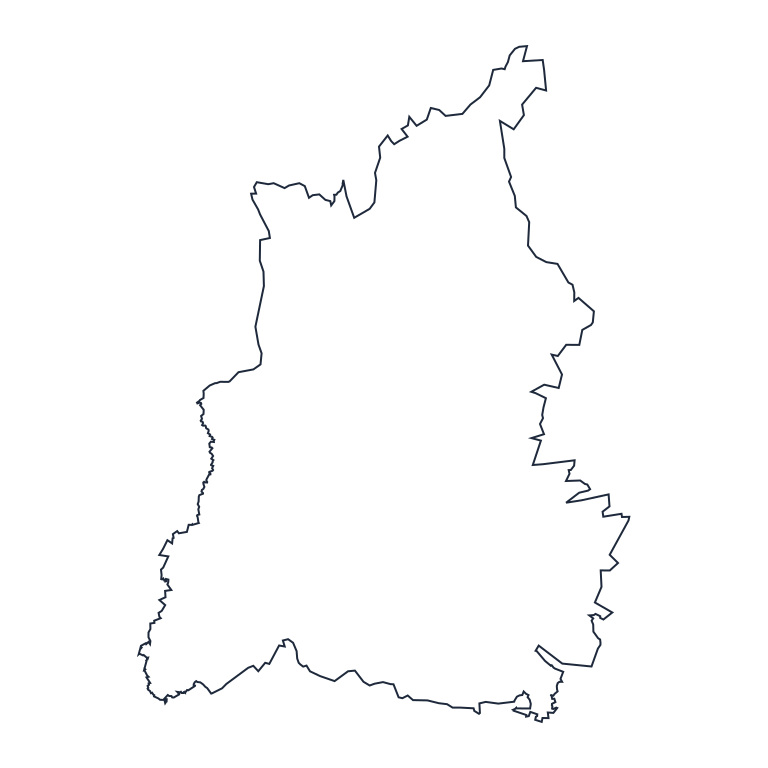 the district of Cape Winelands, Western Cape, South Africa
{"feature_id": "47623444B8262601395586", "entity_name": "Cape Winelands", "entity_type": "district", "adm_level": 2, "iso_a3": "ZAF", "parent_name": "South Africa", "parent_adm1": "Western Cape", "projection": "equal_earth", "projection_center": [19.211, -33.151], "detail": "fine", "context": "isolated", "style": "outline", "palette": "slate", "viewbox_px": 768, "rotation_deg": 0, "n_neighbors": 0, "source": "geoboundaries", "source_scale": "gbopen_adm2", "svg_char_len": 6111}
<svg xmlns="http://www.w3.org/2000/svg" viewBox="0 0 768 768"><path d="M593.9,311.3L578.5,297.9L574.2,301.0L574.3,292.3L572.5,284.7L568.4,282.5L557.5,263.9L546.3,262.1L536.2,256.9L528.0,245.6L529.2,222.2L526.5,216.0L515.9,207.4L514.8,195.9L509.0,181.6L511.1,177.0L504.3,158.0L504.3,148.8L499.9,120.9L513.7,129.3L523.9,115.1L522.1,104.6L536.1,87.8L546.1,90.5L544.1,70.0L542.7,60.0L523.0,61.2L527.0,46.1L519.2,46.8L515.0,48.8L509.7,55.4L507.9,62.1L505.5,66.6L504.7,69.2L501.5,68.5L493.2,69.9L489.2,85.4L480.1,97.2L470.5,104.5L462.4,113.9L445.6,115.9L439.2,110.0L430.8,108.0L426.8,119.6L416.6,125.8L409.3,116.8L407.9,125.4L401.6,129.0L407.6,136.7L399.5,140.8L394.2,144.2L391.2,141.1L387.7,135.5L379.0,146.6L380.2,157.7L375.0,172.9L376.3,180.3L374.4,202.4L369.7,208.8L354.2,217.8L346.5,196.3L343.3,179.9L342.6,183.8L342.8,185.0L340.3,191.0L337.8,192.6L336.4,194.7L334.1,194.8L334.5,196.4L334.4,201.1L331.2,205.4L330.3,201.1L325.4,199.9L319.3,194.4L312.7,195.2L309.0,197.8L304.8,186.1L299.3,183.2L289.0,185.5L284.6,188.1L273.7,183.2L268.3,184.2L256.8,182.2L254.0,187.0L256.1,193.6L251.1,193.7L252.5,199.6L258.1,209.4L260.1,214.5L268.8,231.1L269.9,238.0L260.1,240.1L259.8,260.7L263.5,271.7L263.9,286.1L255.4,326.7L258.5,344.6L261.6,353.3L260.5,364.4L253.4,369.4L238.5,372.2L229.7,381.3L228.4,381.9L220.2,381.8L216.6,383.1L215.0,383.2L209.7,385.5L203.4,390.8L203.7,393.7L203.5,398.0L200.0,400.0L199.3,401.0L197.0,402.6L197.4,403.4L199.8,402.6L201.0,403.0L201.3,403.9L200.1,405.2L203.7,409.8L203.5,414.0L201.1,416.0L202.0,418.8L200.7,420.7L201.0,421.4L202.5,421.7L203.1,423.1L202.1,425.1L203.1,425.7L205.0,425.5L205.7,426.0L206.2,428.3L208.4,429.5L208.7,430.9L207.9,433.2L210.1,434.5L209.6,436.1L212.0,436.8L212.6,437.5L212.0,439.0L214.3,439.8L213.8,441.0L213.9,442.0L210.9,441.7L209.3,443.6L209.8,447.2L211.7,447.5L212.4,448.2L209.5,451.7L210.1,452.9L211.6,453.7L213.1,456.0L211.3,458.7L213.4,460.1L212.6,461.3L212.6,462.4L211.0,464.8L211.1,465.2L213.2,465.9L212.1,468.2L213.1,470.0L212.5,470.8L209.3,471.9L209.2,472.7L210.4,473.6L210.4,474.4L209.0,474.7L206.4,479.6L206.4,480.7L207.2,481.9L207.1,482.5L204.9,482.4L204.1,481.8L203.3,482.5L203.5,484.3L204.4,486.9L203.3,489.0L201.9,489.9L201.5,491.5L203.0,493.1L203.0,493.7L199.4,495.1L198.8,496.5L198.6,501.6L197.7,504.1L199.2,506.8L198.3,509.3L199.3,514.5L197.4,515.0L197.0,515.8L197.7,517.4L198.4,522.4L198.8,523.0L192.3,524.9L192.2,524.4L191.6,524.9L188.7,524.8L186.9,531.9L178.9,533.3L177.2,531.1L172.9,534.1L173.6,537.9L172.6,538.3L172.1,543.4L167.4,540.2L163.0,549.0L159.3,555.0L168.3,556.4L163.2,567.6L161.0,569.6L161.6,575.1L161.2,579.1L162.2,579.4L163.3,578.5L164.2,580.3L165.1,579.8L165.3,581.5L166.1,581.3L166.1,579.0L168.4,579.6L168.2,582.5L167.4,584.5L171.3,590.0L165.1,590.9L165.5,597.2L159.4,600.0L165.2,605.1L161.7,610.9L158.6,612.9L159.4,616.8L160.7,618.2L154.2,620.7L154.4,622.9L150.3,623.5L150.4,629.0L148.5,632.5L148.5,637.3L150.4,641.0L150.0,644.1L148.5,641.9L146.2,644.1L145.8,643.2L141.0,645.8L140.9,647.1L141.6,647.6L141.0,648.3L140.5,647.6L138.7,654.3L139.4,653.7L143.0,655.4L143.7,655.0L146.9,657.8L148.1,657.6L147.6,659.1L147.0,658.9L147.0,659.7L146.2,660.5L146.5,661.1L144.6,668.2L145.3,668.2L144.7,668.4L145.3,669.3L144.2,669.8L144.0,670.5L144.5,670.4L147.2,675.6L148.5,676.8L146.5,677.4L150.2,683.0L148.6,683.4L149.0,684.8L147.6,685.9L148.3,687.9L147.6,688.6L147.8,689.0L148.2,689.8L149.9,690.9L151.0,693.2L152.1,692.7L153.3,694.6L154.3,695.2L154.0,696.4L158.3,698.4L160.1,699.8L164.4,699.9L165.2,703.2L166.4,701.4L166.2,700.7L166.6,700.9L166.7,699.2L164.1,699.0L167.8,695.0L169.2,696.0L171.5,696.1L172.2,697.4L173.8,697.5L179.0,694.5L178.6,693.8L179.2,693.4L179.0,692.9L178.3,692.9L177.3,691.9L180.2,692.3L180.9,691.8L181.7,693.0L183.3,693.0L183.6,692.3L185.1,693.0L185.1,691.7L185.9,691.7L187.1,690.0L188.3,690.3L194.9,686.0L195.0,685.6L193.7,685.3L193.7,684.2L194.7,682.3L196.2,681.1L197.3,682.0L200.4,682.4L203.1,684.4L205.3,686.8L207.2,688.1L211.2,693.6L211.9,693.4L222.1,688.3L226.3,684.0L248.2,667.8L253.3,665.8L258.3,671.2L265.2,662.8L269.3,663.9L279.1,645.5L284.7,646.5L282.9,640.5L288.1,639.2L293.1,642.8L296.6,651.1L297.2,658.5L298.7,662.8L300.4,664.5L303.2,666.6L306.5,665.6L310.0,671.3L320.1,676.1L334.6,681.1L348.0,671.3L354.9,670.6L363.5,681.8L369.7,685.5L374.6,683.7L383.0,682.1L390.4,684.1L393.5,684.3L398.6,697.3L402.4,698.2L407.7,695.5L413.0,700.1L427.5,700.4L438.8,703.2L447.1,704.2L452.6,707.6L460.3,707.6L473.6,708.3L474.3,710.9L479.0,713.8L479.9,713.0L479.4,703.4L485.7,701.9L498.3,703.6L514.2,701.7L514.5,700.6L516.9,696.7L519.5,695.4L522.3,695.0L523.7,691.5L525.9,693.7L528.5,695.1L527.6,697.2L529.6,699.6L530.8,703.9L530.1,708.5L516.4,708.4L516.2,707.8L515.1,708.9L513.1,709.8L514.1,710.4L513.9,710.8L526.3,715.0L526.1,716.6L528.8,716.1L530.3,711.9L537.3,714.3L537.1,716.1L535.9,716.7L535.2,719.8L541.7,721.9L542.5,718.0L548.5,718.1L547.8,712.5L553.4,712.9L557.2,708.0L556.3,707.6L553.2,709.0L552.1,708.6L552.4,706.2L551.9,705.5L552.0,703.8L555.4,702.1L554.3,698.7L552.2,698.9L551.5,695.6L550.3,694.9L553.3,695.7L554.7,693.8L557.6,691.4L557.0,689.1L556.8,686.0L557.7,683.1L559.4,681.8L562.1,681.8L560.5,678.9L563.2,671.8L555.0,668.6L553.5,667.6L551.8,665.3L550.7,665.1L551.5,666.3L545.0,660.9L536.8,651.2L535.6,650.8L538.7,645.6L562.3,663.6L591.5,666.5L597.9,648.6L600.4,644.9L600.5,642.8L600.1,639.5L598.1,638.2L593.4,631.7L593.2,624.5L591.6,620.7L593.2,618.4L589.3,615.4L593.8,615.1L595.5,613.9L600.2,616.2L600.2,617.9L603.4,619.5L612.3,612.5L594.9,602.5L601.5,586.9L600.7,570.4L609.8,570.5L618.0,563.0L609.7,554.8L628.5,520.5L629.3,516.8L622.0,517.0L621.5,513.8L603.3,516.7L602.6,511.7L609.5,506.4L608.6,494.4L581.5,500.3L566.1,502.7L579.2,492.7L588.1,490.6L590.1,489.2L587.3,484.5L585.0,484.0L580.2,480.5L566.0,481.0L569.5,473.8L568.7,470.1L570.8,470.0L574.1,465.7L574.6,460.3L543.2,464.2L532.8,465.0L540.9,440.6L531.5,438.1L544.0,434.2L540.0,424.0L543.0,418.2L542.2,415.0L543.5,407.4L545.9,398.2L535.5,393.1L531.3,391.8L544.2,384.7L558.7,388.0L562.0,374.5L551.7,354.6L557.8,356.0L566.2,344.8L579.3,344.9L582.3,329.9L591.0,325.0L592.8,322.4L593.9,311.3Z" fill="none" stroke="#1e293b" stroke-width="2"/></svg>